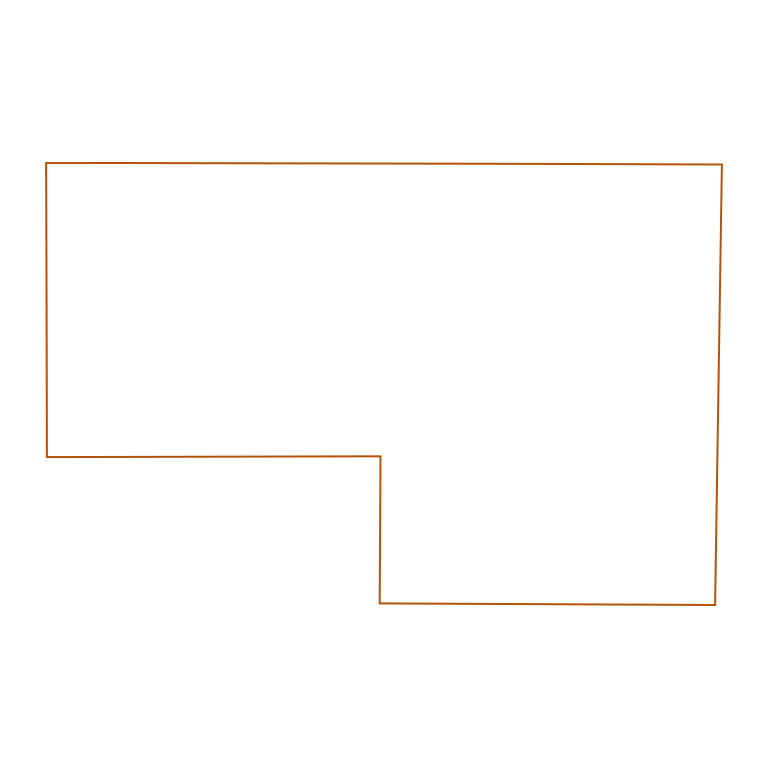 the district of Menominee, Wisconsin, United States of America
{"feature_id": "52423323B25535404345073", "entity_name": "Menominee", "entity_type": "district", "adm_level": 2, "iso_a3": "USA", "parent_name": "United States of America", "parent_adm1": "Wisconsin", "projection": "robinson", "projection_center": [-88.76, 44.987], "detail": "fine", "context": "isolated", "style": "outline", "palette": "amber", "viewbox_px": 768, "rotation_deg": 0, "n_neighbors": 0, "source": "geoboundaries", "source_scale": "gbopen_adm2", "svg_char_len": 244}
<svg xmlns="http://www.w3.org/2000/svg" viewBox="0 0 768 768"><path d="M508.5,163.8L116.1,163.0L46.1,163.1L46.6,311.7L46.9,457.1L380.5,456.3L379.7,603.4L715.1,605.0L721.9,164.5L508.5,163.8Z" fill="none" stroke="#b45309" stroke-width="2"/></svg>